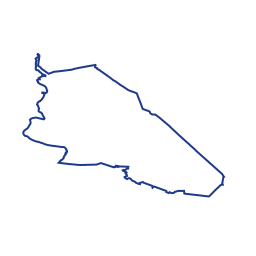 Aizpute, Aizputes, Latvia, rotated 191°
{"feature_id": "27541924B45479434258967", "entity_name": "Aizpute", "entity_type": "district", "adm_level": 2, "iso_a3": "LVA", "parent_name": "Latvia", "parent_adm1": "Aizputes", "projection": "equal_earth", "projection_center": [21.618, 56.716], "detail": "fine", "context": "isolated", "style": "outline", "palette": "blue", "viewbox_px": 256, "rotation_deg": 191, "n_neighbors": 0, "source": "geoboundaries", "source_scale": "gbopen_adm2", "svg_char_len": 4986}
<svg xmlns="http://www.w3.org/2000/svg" viewBox="0 0 256 256"><g transform="rotate(191 128 128)"><path d="M60.2,74.4L59.1,74.4L50.4,75.1L43.8,75.6L35.6,76.2L34.6,77.5L33.1,79.6L32.6,80.3L32.4,80.7L30.5,83.6L27.1,88.3L26.0,89.9L24.1,90.4L25.1,92.2L24.9,92.8L25.0,97.1L25.0,97.6L25.1,98.1L24.5,98.4L24.8,98.7L26.8,100.8L28.0,101.5L30.2,102.8L30.7,103.1L40.2,108.8L40.5,108.9L41.0,109.2L43.1,110.5L46.5,112.5L57.1,118.8L58.2,119.7L58.4,119.8L63.0,122.5L64.6,123.5L65.4,124.1L67.9,125.4L70.0,126.8L70.8,127.2L72.1,128.0L73.2,128.7L74.1,129.2L77.0,131.0L77.4,131.2L81.5,133.8L86.0,136.6L87.9,137.9L94.2,141.4L98.6,143.9L103.8,146.4L106.8,145.9L108.9,146.7L110.0,148.4L117.1,149.5L118.9,152.2L119.1,152.6L119.7,153.8L120.5,155.0L124.1,160.6L126.0,163.7L130.9,164.6L131.5,164.6L135.1,165.3L137.1,166.2L140.4,167.6L143.9,168.9L149.2,171.4L151.5,172.1L155.6,174.2L160.7,176.5L167.4,179.5L168.4,179.8L169.5,180.2L169.4,180.5L169.5,180.7L169.8,180.9L170.6,181.0L171.3,181.1L171.8,181.3L172.1,181.9L172.1,182.9L171.7,183.6L171.2,184.1L171.9,183.7L172.7,183.4L180.3,180.6L180.9,180.3L186.8,178.0L189.5,176.9L192.9,175.3L194.6,174.5L194.6,174.4L195.6,174.1L206.6,170.5L211.5,169.0L213.4,167.8L216.3,166.1L224.2,169.7L225.5,170.8L228.2,172.1L228.6,181.0L228.9,182.4L230.5,183.5L230.9,183.0L230.1,182.1L229.6,181.1L229.3,180.1L229.5,179.8L230.8,179.8L231.9,178.4L231.6,177.8L230.6,177.0L230.9,176.1L231.0,175.2L230.6,174.4L230.9,173.2L230.0,171.7L230.2,170.9L229.9,170.3L230.0,169.7L230.1,169.3L229.6,167.8L228.5,167.3L227.9,167.6L227.0,167.4L226.4,167.1L226.2,166.6L224.1,165.7L221.8,164.2L220.1,164.2L219.0,163.7L219.0,163.2L220.0,163.4L221.1,162.8L221.7,163.1L222.3,163.1L222.5,162.1L223.6,161.2L224.6,160.5L225.1,160.0L224.2,159.6L223.9,159.0L224.7,158.9L226.4,157.6L226.1,157.0L225.3,156.6L225.1,156.2L225.1,155.6L223.5,154.7L221.6,154.1L220.3,154.0L218.8,153.5L217.2,153.0L215.7,151.5L215.2,150.3L214.9,149.7L214.4,149.2L214.5,147.5L214.7,147.2L214.9,147.0L215.1,146.9L216.1,146.7L217.2,146.6L218.0,146.6L219.7,146.4L219.4,146.3L219.3,146.2L219.0,146.1L218.9,146.1L218.7,146.0L218.4,146.0L218.1,146.0L217.6,146.0L217.4,146.0L217.0,146.0L216.7,145.9L216.4,145.9L216.2,145.8L216.3,145.8L216.3,145.7L216.5,145.7L216.7,145.4L216.7,145.2L216.6,144.9L216.6,144.7L216.6,144.4L216.7,144.0L216.7,143.9L216.8,143.1L216.8,142.7L217.0,142.1L217.2,141.5L217.3,141.2L217.5,140.8L217.8,140.4L218.0,139.8L218.4,139.1L218.7,138.7L219.3,137.8L219.3,137.7L219.5,137.6L219.8,137.5L220.2,137.1L220.6,136.8L221.0,136.2L221.5,135.5L221.6,135.4L221.6,135.2L221.6,134.8L221.6,134.5L221.6,134.1L221.6,133.8L221.7,133.5L221.4,133.4L221.2,133.3L221.0,133.2L220.9,133.1L220.5,132.6L220.2,132.0L220.1,131.9L220.0,131.7L219.9,131.2L219.5,130.8L219.3,130.5L219.1,130.3L219.0,130.0L219.0,129.8L219.1,129.5L219.2,128.9L219.1,127.9L218.8,127.3L218.6,127.2L215.6,126.2L215.4,125.9L212.3,122.1L211.9,121.8L211.8,121.2L212.0,120.8L212.4,120.4L214.7,120.5L217.9,120.6L219.2,120.7L220.1,120.7L220.7,120.6L221.5,120.3L222.4,119.9L223.8,119.4L225.0,118.5L225.2,118.2L225.8,117.3L225.6,117.1L225.2,116.2L224.9,115.4L224.6,114.7L224.7,113.1L225.1,112.5L225.7,110.6L225.9,110.0L226.5,108.8L227.0,108.0L227.7,107.4L228.2,106.9L229.0,105.9L229.4,105.4L229.6,105.0L229.8,104.5L229.8,103.9L229.9,103.5L229.8,103.0L229.4,102.1L229.1,101.7L228.6,101.3L227.7,100.7L224.9,100.5L223.1,99.3L221.9,98.7L220.3,98.2L218.7,97.8L216.8,97.4L215.2,97.3L214.1,97.3L212.3,97.2L210.5,96.9L208.5,96.7L206.5,96.2L203.6,96.0L201.2,96.0L189.6,96.7L188.1,96.9L187.2,97.0L186.3,96.8L185.3,96.1L184.8,95.5L184.8,95.2L184.6,94.9L184.0,94.5L183.5,94.0L183.3,93.5L183.4,93.0L183.9,92.7L184.2,92.3L183.7,91.9L184.5,91.2L184.6,90.3L184.2,90.1L185.4,87.8L185.6,87.5L185.5,87.1L185.3,86.6L185.5,86.0L186.0,85.6L186.2,84.9L186.6,84.4L186.8,84.2L187.0,84.0L187.8,83.5L188.0,83.2L188.0,82.9L188.0,82.7L188.6,82.3L188.6,82.2L188.5,81.7L189.3,80.7L188.7,80.7L185.8,80.9L178.3,81.4L178.2,81.5L172.8,82.0L170.4,82.2L168.3,82.5L167.7,82.6L164.9,83.2L162.4,83.7L161.1,84.1L156.1,85.1L155.8,85.2L151.8,86.1L151.2,86.5L147.9,88.4L134.5,86.7L134.3,87.2L132.9,87.3L132.7,88.6L130.5,88.7L130.5,87.9L129.9,88.1L129.9,88.3L129.9,88.6L130.0,88.7L128.7,88.7L121.1,89.9L120.3,90.0L120.4,89.1L120.4,88.7L120.1,88.4L120.1,88.2L120.4,88.1L121.0,88.0L121.4,87.7L121.7,87.4L122.2,86.8L122.7,86.4L122.9,86.3L123.4,86.2L123.9,86.1L124.2,86.0L125.1,85.4L124.8,85.1L123.2,84.9L121.7,84.4L121.2,84.3L120.9,84.0L121.1,83.5L121.5,83.3L121.8,83.1L121.3,82.6L120.4,82.0L120.4,81.8L120.1,81.2L119.8,80.8L122.0,79.3L121.8,78.8L121.0,78.4L119.7,77.8L119.1,77.7L118.6,78.2L117.6,78.9L115.9,78.8L114.1,77.3L110.8,76.5L110.1,75.9L107.3,75.2L105.6,75.2L106.0,76.3L103.0,77.8L102.0,77.2L96.6,76.4L95.7,76.2L93.4,75.9L92.5,74.1L91.3,75.6L90.4,75.4L89.0,75.2L88.1,75.0L87.6,75.0L83.5,74.3L78.4,73.5L78.2,72.4L75.5,71.9L74.9,72.9L74.6,72.8L72.7,72.4L72.1,72.5L71.3,72.8L70.2,73.5L70.0,74.0L69.8,74.3L68.2,75.0L66.7,75.9L65.5,76.0L61.0,77.0L60.5,75.4L60.2,74.4Z" fill="none" stroke="#1e3a8a" stroke-width="2"/></g></svg>